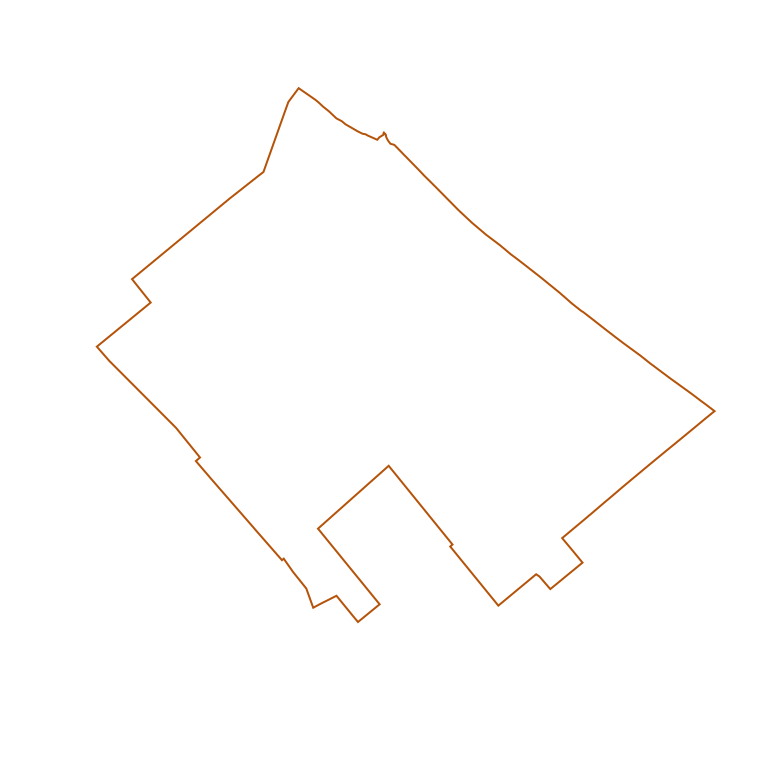 Telchac Puerto, Yucatán, Mexico, rotated 44°
{"feature_id": "50627088B19629069707009", "entity_name": "Telchac Puerto", "entity_type": "district", "adm_level": 2, "iso_a3": "MEX", "parent_name": "Mexico", "parent_adm1": "Yucatán", "projection": "mercator", "projection_center": [-89.271, 21.31], "detail": "fine", "context": "isolated", "style": "outline", "palette": "amber", "viewbox_px": 768, "rotation_deg": 44, "n_neighbors": 0, "source": "geoboundaries", "source_scale": "gbopen_adm2", "svg_char_len": 1497}
<svg xmlns="http://www.w3.org/2000/svg" viewBox="0 0 768 768"><g transform="rotate(44 384 384)"><path d="M640.6,173.9L627.9,175.4L624.5,175.9L612.0,177.4L585.5,181.2L561.0,184.3L548.4,185.5L540.5,186.6L536.1,187.2L528.0,188.3L518.1,189.5L506.4,190.8L501.6,191.3L486.2,192.9L477.2,193.9L475.1,194.4L463.0,195.6L447.9,196.3L431.3,197.7L423.0,198.4L417.2,199.0L394.7,201.4L385.2,202.6L371.1,203.6L353.8,205.7L335.6,206.9L316.7,207.2L283.8,206.4L268.0,206.2L259.2,205.8L238.0,205.2L225.3,204.8L221.8,206.7L217.8,206.1L214.2,204.9L212.1,203.4L209.3,203.2L209.4,203.9L210.5,205.0L209.3,209.6L209.5,213.0L202.9,215.4L199.9,216.5L197.2,217.2L194.7,218.9L189.3,220.6L176.0,223.9L171.0,224.3L165.2,226.0L154.9,226.1L147.3,226.8L141.3,226.9L137.4,227.2L117.1,230.5L119.3,247.6L123.3,256.5L150.0,315.2L149.1,321.4L144.1,358.1L129.9,483.6L159.6,487.5L151.5,556.6L170.2,558.2L264.8,560.0L272.8,561.0L302.7,564.7L302.2,570.1L325.4,572.3L387.4,577.7L393.8,578.3L433.0,581.6L433.2,579.3L449.2,582.4L470.2,585.1L488.5,594.1L491.5,584.8L492.8,581.2L496.9,569.4L498.1,569.5L509.9,570.9L515.9,571.6L521.7,572.3L530.6,573.3L533.9,545.5L437.0,533.9L444.2,439.6L544.8,451.9L544.5,454.9L620.2,464.0L625.6,415.2L629.5,414.5L646.1,416.0L650.9,374.6L630.6,372.3L619.2,371.1L622.7,338.2L622.9,335.5L623.0,335.4L624.9,315.5L626.2,303.1L627.1,293.3L627.8,286.9L628.4,281.1L629.9,267.3L631.5,252.8L633.4,236.1L635.1,221.8L637.8,198.3L638.8,189.2L639.3,184.7L640.6,173.9Z" fill="none" stroke="#b45309" stroke-width="2"/></g></svg>